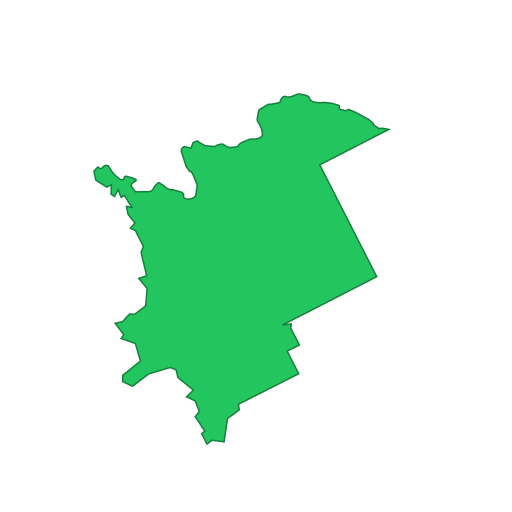 outline of Jackson, Oklahoma, United States of America, rotated 153°
{"feature_id": "52423323B19658065056773", "entity_name": "Jackson", "entity_type": "district", "adm_level": 2, "iso_a3": "USA", "parent_name": "United States of America", "parent_adm1": "Oklahoma", "projection": "equal_earth", "projection_center": [-99.395, 34.598], "detail": "fine", "context": "isolated", "style": "filled", "palette": "green", "viewbox_px": 512, "rotation_deg": 153, "n_neighbors": 0, "source": "geoboundaries", "source_scale": "gbopen_adm2", "svg_char_len": 2313}
<svg xmlns="http://www.w3.org/2000/svg" viewBox="0 0 512 512"><g transform="rotate(153 256 256)"><path d="M340.7,126.5L339.0,131.9L271.4,131.7L271.4,157.1L257.7,157.0L257.8,175.9L255.4,179.5L263.8,182.5L157.8,182.8L157.8,308.3L80.2,308.5L85.3,312.4L88.6,313.8L91.7,319.5L91.4,321.1L93.4,326.2L102.3,339.1L107.0,344.6L110.1,344.7L114.6,348.6L114.9,349.2L114.9,349.9L113.7,351.8L113.8,352.6L119.5,358.0L125.3,361.7L129.9,363.8L134.3,366.6L136.0,368.6L136.5,369.8L136.9,371.5L136.6,373.4L137.6,375.5L139.7,377.5L144.6,381.2L152.6,382.0L155.6,383.2L157.9,385.2L159.4,385.5L160.8,385.1L163.1,383.9L165.1,381.9L173.2,384.2L176.2,385.6L186.7,384.9L188.3,383.5L192.1,378.4L193.1,376.7L193.5,375.4L193.1,371.4L193.5,365.8L195.4,360.6L197.9,359.7L199.9,359.6L203.2,360.3L205.9,361.8L208.9,362.9L217.3,363.6L220.0,363.2L222.6,361.9L224.1,362.2L230.4,364.7L231.6,365.8L232.9,367.5L234.5,370.4L235.9,371.5L240.1,372.4L241.2,372.4L243.0,372.3L251.0,377.1L254.3,381.9L256.1,385.2L260.4,385.7L265.0,381.6L270.1,386.0L270.8,386.1L272.6,385.6L274.1,384.7L275.1,383.1L277.6,367.0L276.6,361.4L275.4,360.3L275.3,359.5L275.2,356.4L276.1,345.9L282.2,337.3L284.7,336.2L287.2,336.3L291.9,338.0L293.7,340.3L293.6,341.6L292.8,343.4L292.6,344.3L292.8,345.9L295.5,348.8L299.5,352.3L302.7,354.3L305.0,357.3L307.0,361.9L309.0,365.1L309.5,365.5L310.4,365.5L313.9,364.5L317.9,362.0L319.8,361.4L321.9,361.8L333.1,367.3L334.4,368.2L335.4,375.3L334.4,376.3L333.0,377.2L328.9,377.5L328.3,378.0L328.4,379.0L330.0,380.9L335.5,386.1L337.3,386.2L338.7,384.7L339.8,384.2L342.4,386.1L344.9,391.8L346.2,397.2L346.6,402.6L346.9,403.6L348.1,404.7L349.7,405.1L351.6,405.0L352.5,404.2L353.6,404.1L355.4,404.8L356.5,407.1L361.9,405.2L364.3,396.4L357.8,385.2L352.5,385.1L357.1,376.9L355.1,373.3L348.8,377.7L349.5,369.5L345.8,369.7L344.5,355.8L348.9,359.0L351.1,351.3L348.9,340.3L355.3,337.8L351.9,333.2L352.0,315.6L356.7,311.5L362.4,288.0L370.6,289.3L367.8,276.4L377.0,261.6L390.5,259.2L395.1,261.7L404.7,258.1L412.0,260.0L409.6,245.9L413.6,243.7L403.2,232.8L406.6,214.9L428.9,210.2L431.8,204.6L425.2,196.0L405.1,199.7L383.1,195.6L378.9,191.0L380.7,183.1L372.7,165.0L381.8,162.0L375.9,154.4L377.2,143.2L383.1,140.3L381.1,123.3L385.1,122.3L385.0,110.7L378.7,111.7L368.8,104.9L355.2,124.1L340.7,126.5Z" fill="#22c55e" stroke="#15803d" stroke-width="1.5"/></g></svg>